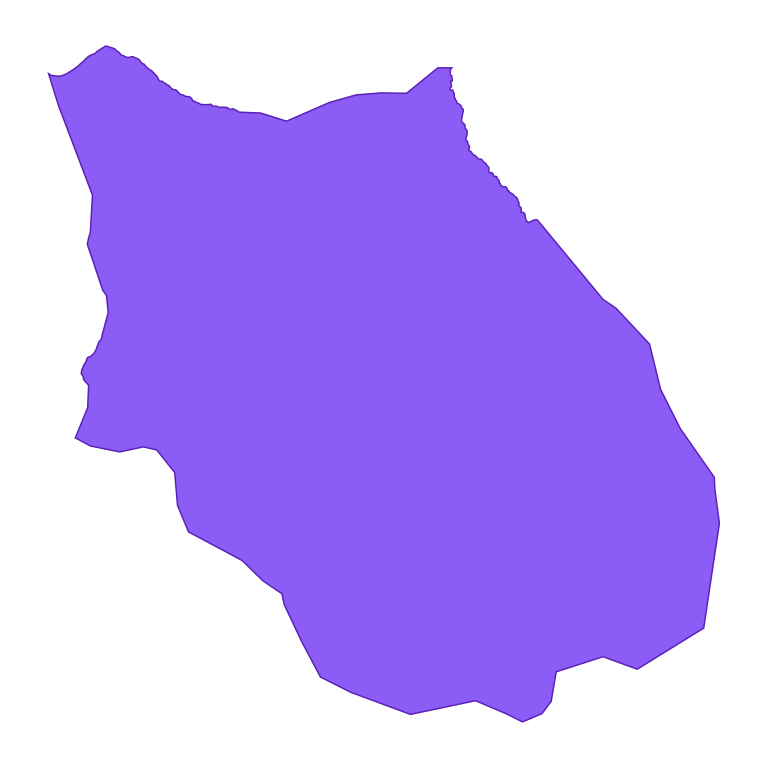 the district of Ider, Dzavhan, Mongolia
{"feature_id": "93677404B17775092905458", "entity_name": "Ider", "entity_type": "district", "adm_level": 2, "iso_a3": "MNG", "parent_name": "Mongolia", "parent_adm1": "Dzavhan", "projection": "orthographic", "projection_center": [97.467, 48.187], "detail": "fine", "context": "isolated", "style": "filled", "palette": "violet", "viewbox_px": 768, "rotation_deg": 0, "n_neighbors": 0, "source": "geoboundaries", "source_scale": "gbopen_adm2", "svg_char_len": 5843}
<svg xmlns="http://www.w3.org/2000/svg" viewBox="0 0 768 768"><path d="M522.5,721.9L542.0,713.6L551.2,701.3L556.2,671.8L603.0,656.7L637.2,669.2L703.7,628.1L719.4,523.3L714.8,488.9L714.3,477.3L680.4,428.8L660.6,389.4L649.5,344.0L616.1,308.3L603.2,299.6L538.0,220.7L537.0,219.8L535.6,219.8L533.8,220.1L532.5,220.7L531.8,221.2L531.0,221.5L528.2,222.6L527.9,222.4L527.8,222.0L527.5,221.6L527.1,221.3L526.6,221.0L526.3,220.7L525.7,218.7L525.2,217.5L525.2,215.6L525.0,214.5L524.4,213.5L524.1,213.0L523.3,212.5L522.8,212.4L522.2,212.3L521.2,212.4L520.9,211.9L521.3,210.0L521.3,209.0L521.2,208.2L521.0,207.7L520.5,207.1L520.0,206.7L519.2,206.2L518.9,205.9L519.0,204.1L519.0,203.3L518.9,202.6L518.7,202.1L518.4,201.6L518.1,201.2L517.9,200.5L517.6,199.3L517.0,198.1L516.1,197.2L514.9,196.4L514.5,196.2L514.2,195.7L513.8,195.1L512.8,194.1L510.8,193.0L510.1,192.7L509.8,192.3L509.4,191.6L508.8,191.1L508.5,190.8L507.9,190.8L507.5,190.5L507.3,188.8L507.0,188.2L506.6,187.6L506.1,187.1L505.8,187.0L504.9,186.7L504.5,186.7L503.5,186.9L503.0,186.9L502.6,186.5L502.2,186.2L501.7,185.9L501.4,185.9L501.0,185.7L500.8,185.4L500.6,184.6L500.1,183.4L499.8,183.1L499.4,182.9L499.3,182.6L499.3,182.3L499.2,181.8L499.1,180.8L498.5,179.8L497.1,178.4L497.0,177.9L496.9,177.1L496.5,176.6L496.1,176.4L495.5,176.3L494.8,176.3L494.4,176.5L494.1,176.5L493.6,176.4L493.5,176.1L493.4,175.3L493.0,173.9L492.7,173.4L492.3,172.8L491.9,172.6L491.2,172.6L490.8,172.6L490.1,173.2L489.7,173.2L489.4,172.9L489.2,172.4L489.0,171.8L488.8,171.0L488.8,169.9L489.0,168.8L488.9,168.0L488.7,167.4L488.4,166.9L487.1,165.6L486.8,165.2L486.2,164.0L485.6,163.4L484.9,162.8L483.3,161.7L482.9,161.4L482.6,160.7L481.9,159.7L481.6,159.4L481.0,159.2L480.2,159.1L479.1,159.0L478.3,158.7L477.8,158.4L477.2,157.7L476.5,156.7L475.9,156.2L475.3,155.6L473.6,154.9L472.8,154.3L472.5,154.0L471.3,152.1L470.8,151.5L470.2,151.1L469.4,150.8L468.9,150.6L468.8,150.2L468.8,149.5L469.0,148.7L469.4,147.4L469.4,146.6L469.3,145.9L469.1,145.6L468.7,145.1L468.4,144.8L468.1,144.2L467.9,143.4L467.8,142.7L467.6,141.6L467.2,141.1L466.2,140.2L465.9,140.0L465.7,139.7L465.7,139.3L466.2,137.8L466.6,136.3L466.9,135.2L467.1,133.8L467.1,132.5L467.1,131.3L466.8,130.2L466.5,129.7L465.5,128.8L465.2,128.5L465.1,128.2L465.0,127.7L465.1,126.9L465.0,125.9L465.1,125.7L464.9,124.8L463.9,123.8L462.6,122.5L461.9,121.8L461.6,121.4L461.4,120.6L461.5,119.6L462.1,116.8L462.8,113.1L463.3,110.9L463.3,109.8L463.1,109.3L462.8,108.9L461.7,108.0L461.4,107.5L461.4,106.8L461.2,106.2L460.8,105.6L460.2,105.0L459.3,104.2L457.9,103.5L457.3,103.3L457.0,103.1L456.7,101.7L456.5,101.1L455.6,100.0L455.3,98.7L454.5,97.2L454.2,96.7L454.2,96.1L454.3,95.6L454.3,94.9L454.3,94.3L454.2,93.7L454.0,93.2L453.6,92.5L453.3,91.6L453.0,90.9L452.6,90.2L452.1,89.9L451.6,89.9L451.1,90.1L450.7,90.1L450.3,90.0L450.0,89.6L449.9,89.3L449.9,88.7L450.1,88.0L450.6,87.5L451.3,86.9L451.4,86.7L451.5,86.2L451.5,85.4L451.1,83.6L450.6,82.4L450.4,81.8L450.4,81.5L450.6,81.2L451.1,81.3L451.3,81.4L451.8,81.4L452.2,81.0L452.3,80.5L452.4,79.9L452.2,78.9L451.9,77.9L451.8,76.1L451.6,75.6L450.2,74.7L449.9,74.2L450.0,73.7L450.3,72.5L450.4,71.7L450.4,71.2L450.3,70.6L450.3,70.0L450.6,69.4L451.8,67.9L437.9,67.8L406.5,93.3L381.2,92.9L356.1,94.9L329.3,102.5L286.5,121.2L260.5,113.0L239.3,112.2L235.8,110.1L234.9,109.8L233.5,108.9L232.8,108.8L232.2,108.9L231.6,109.1L230.8,109.3L230.1,109.4L229.6,109.2L228.2,108.2L227.5,107.7L226.5,107.5L224.8,107.2L219.0,107.3L218.0,106.9L217.2,106.4L216.6,106.2L215.8,106.1L213.9,106.4L212.5,106.0L211.9,105.2L211.1,104.4L210.4,104.3L209.9,104.3L208.5,104.6L205.7,104.6L203.8,104.7L202.9,104.5L201.7,104.6L201.3,104.4L200.9,104.3L200.2,104.3L199.9,104.0L199.4,103.4L198.9,103.2L197.7,103.0L195.5,102.0L195.1,101.9L194.5,101.2L193.9,101.1L193.2,101.2L192.9,100.9L191.9,99.0L191.5,98.4L191.0,97.9L190.3,97.3L189.2,96.7L188.0,96.6L186.8,96.6L185.7,96.3L184.4,95.8L183.6,95.2L182.9,94.9L182.1,94.8L181.5,94.8L180.5,94.4L178.2,92.2L177.3,91.1L176.5,90.4L175.7,89.9L173.5,89.7L172.9,89.5L171.5,88.2L170.5,87.6L170.1,87.2L169.5,86.1L169.2,85.7L168.9,85.4L168.0,85.4L167.3,85.0L166.8,84.4L166.0,84.0L165.7,83.7L165.4,83.4L164.4,83.1L163.8,82.8L163.4,82.3L162.9,81.7L162.2,81.2L161.6,81.2L160.2,81.2L159.6,81.0L159.2,80.6L158.1,78.6L157.0,76.3L156.7,76.0L154.7,74.1L153.5,72.7L151.5,70.6L150.4,70.1L149.7,69.8L149.4,69.5L149.1,69.2L148.7,68.8L148.2,68.4L147.4,67.9L145.7,66.3L144.1,64.2L143.6,63.9L143.0,63.9L142.4,63.6L141.7,63.0L139.7,60.3L139.0,59.5L137.0,58.4L134.9,57.6L134.0,57.1L132.6,56.7L131.8,56.7L130.8,56.9L130.1,57.2L129.6,57.3L129.0,57.4L128.3,57.4L127.0,57.3L125.8,57.0L123.2,55.6L121.8,55.3L121.1,54.9L118.9,52.4L117.8,51.5L116.8,51.0L116.5,50.8L115.9,50.0L114.7,48.8L114.0,48.5L108.1,46.7L107.0,46.2L106.3,46.1L105.8,46.1L105.1,46.3L104.1,47.0L99.8,49.7L98.0,50.8L96.7,51.8L95.4,53.1L94.8,53.6L93.7,54.0L91.5,54.8L88.7,56.3L86.0,58.6L82.6,62.1L80.5,63.7L79.3,65.0L76.7,67.1L72.7,70.0L70.0,71.6L67.6,73.2L65.9,74.1L61.9,75.7L60.4,76.1L58.4,76.2L55.9,76.0L52.9,75.6L51.0,75.1L48.6,73.7L58.4,105.3L92.5,195.3L90.3,232.6L88.7,237.6L87.3,244.2L102.9,290.6L106.5,295.5L108.2,312.6L102.3,334.5L101.7,338.0L101.1,339.4L99.2,341.5L98.6,342.6L97.5,345.7L97.0,346.5L96.9,347.2L96.8,347.9L96.4,348.9L95.1,351.3L94.6,352.5L93.7,353.5L90.6,356.3L90.1,356.6L89.6,356.8L88.7,357.0L88.2,357.2L87.3,358.0L86.9,358.6L86.1,361.3L85.8,362.0L85.3,362.9L84.0,364.7L82.8,367.7L82.4,368.6L81.9,369.4L81.7,369.9L81.7,370.7L81.6,371.4L81.4,372.2L81.3,373.0L81.3,373.6L81.6,374.1L83.0,376.2L83.3,376.8L83.4,378.1L83.5,378.8L83.7,379.4L84.2,380.3L85.7,382.0L88.6,385.3L87.7,407.5L75.3,437.9L90.4,446.0L119.7,451.9L143.3,446.9L156.7,449.9L174.7,472.6L177.5,505.4L188.5,531.9L242.1,560.5L263.1,581.0L281.9,593.7L284.2,604.5L301.5,641.2L320.5,677.1L351.0,692.4L410.4,714.4L475.4,700.7L505.4,713.4L522.5,721.9Z" fill="#8b5cf6" stroke="#5b21b6" stroke-width="1.5"/></svg>